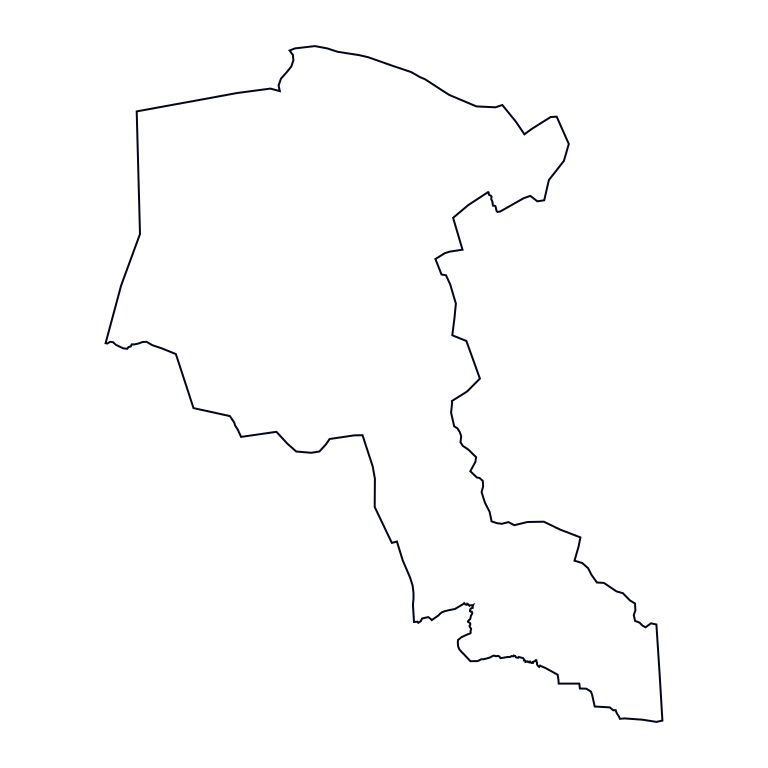 Kaura Namoda, Zamfara, Nigeria (Equal Earth projection)
{"feature_id": "59680162B64690225464412", "entity_name": "Kaura Namoda", "entity_type": "district", "adm_level": 2, "iso_a3": "NGA", "parent_name": "Nigeria", "parent_adm1": "Zamfara", "projection": "equal_earth", "projection_center": [6.672, 12.478], "detail": "fine", "context": "isolated", "style": "outline", "palette": "ink", "viewbox_px": 768, "rotation_deg": 0, "n_neighbors": 0, "source": "geoboundaries", "source_scale": "gbopen_adm2", "svg_char_len": 4015}
<svg xmlns="http://www.w3.org/2000/svg" viewBox="0 0 768 768"><path d="M241.1,436.9L276.4,431.8L287.3,443.6L296.2,451.5L311.2,452.8L319.4,451.5L326.0,444.3L329.6,439.0L354.0,435.4L362.5,435.2L372.7,466.4L374.9,478.7L374.7,507.0L390.6,540.3L391.9,542.9L396.9,541.5L402.8,560.6L408.5,573.8L410.3,578.2L412.6,585.5L413.5,592.9L413.5,598.9L413.3,601.0L413.0,604.2L413.0,605.7L413.4,612.1L414.0,622.0L415.3,621.9L417.5,621.7L418.3,622.8L420.7,621.2L422.1,618.5L425.4,617.7L428.3,617.1L430.4,618.7L431.8,620.1L438.5,615.4L440.0,613.8L441.9,612.3L443.8,611.5L448.7,610.2L454.9,609.0L463.2,604.1L464.2,603.1L464.6,603.5L465.3,604.4L466.9,604.8L467.2,604.5L467.3,603.7L467.7,603.8L468.1,604.4L468.7,604.8L469.4,605.7L469.8,605.3L470.6,605.3L471.4,605.2L472.5,605.4L473.2,605.0L472.6,606.7L472.7,607.9L471.5,608.1L470.4,609.1L470.0,610.3L470.1,611.3L470.7,611.7L471.7,611.6L472.3,612.7L472.2,613.7L470.9,615.8L470.6,617.4L470.2,619.1L468.8,620.3L468.3,620.9L468.0,621.6L468.2,622.1L469.8,622.8L470.3,623.7L470.2,625.0L469.5,625.8L469.6,626.5L470.2,627.6L471.1,628.6L471.1,629.2L470.5,631.1L470.7,632.5L470.4,633.3L466.8,634.7L461.5,637.2L458.0,640.0L457.8,642.5L458.1,646.3L459.3,649.3L461.4,651.8L463.3,653.6L470.4,661.2L477.7,661.1L481.2,659.3L483.7,659.2L486.5,658.5L489.4,657.7L491.2,656.8L493.1,655.8L494.6,655.7L495.7,656.2L498.2,655.9L499.4,656.5L500.5,658.1L503.0,657.8L507.4,657.0L508.8,657.0L510.2,657.0L511.4,656.1L513.3,656.3L513.7,655.6L514.5,655.8L515.2,656.0L515.8,657.1L516.0,657.4L518.1,657.8L518.8,657.0L523.1,658.1L524.1,659.6L524.0,660.3L524.7,660.3L525.3,661.1L525.4,662.0L526.1,661.8L526.5,661.4L527.6,661.4L528.1,662.1L528.7,662.1L529.1,662.2L529.5,661.6L530.1,661.6L530.3,662.5L530.9,662.4L531.8,663.0L532.9,662.9L532.8,662.0L533.6,661.6L534.3,661.3L534.7,661.3L535.4,660.9L535.7,660.2L536.3,660.2L536.5,661.6L537.0,662.5L537.0,664.3L537.6,665.4L538.4,666.3L539.2,666.9L540.1,665.6L542.3,666.7L545.3,667.9L557.6,674.7L558.4,679.5L558.7,683.6L579.3,683.6L579.9,688.5L586.3,688.7L591.0,691.7L592.3,695.6L594.7,706.5L609.8,707.4L613.3,710.3L615.7,710.2L616.3,712.0L616.9,713.4L619.1,716.8L619.9,718.8L624.9,718.4L625.7,718.5L642.5,719.7L656.4,721.9L662.4,720.6L659.7,675.3L656.4,624.5L651.0,623.3L645.6,627.3L642.6,625.7L639.5,622.6L635.1,620.9L633.8,615.1L635.4,610.2L635.0,603.5L629.9,600.4L622.9,593.2L616.5,591.4L603.9,582.9L596.9,582.5L591.4,574.7L588.1,568.2L582.2,563.0L574.5,560.7L578.6,546.5L580.4,537.4L560.6,529.8L543.8,521.7L527.5,522.0L514.3,525.2L508.5,522.1L501.9,523.8L497.1,523.2L491.6,521.4L489.6,511.8L484.9,502.6L481.6,492.1L483.1,486.5L482.8,480.9L479.6,478.0L476.9,477.5L470.3,471.2L475.4,461.9L476.1,457.1L473.0,454.2L468.4,449.6L462.8,445.9L460.5,442.3L461.2,436.2L459.8,432.1L457.4,428.3L454.2,426.3L451.1,412.8L452.1,402.7L451.9,401.0L467.1,391.5L479.9,378.6L466.4,341.0L452.3,335.3L454.5,317.8L455.9,303.5L455.8,303.4L450.2,284.4L446.0,275.3L441.5,274.5L435.4,259.0L444.8,253.2L449.8,251.6L462.5,249.7L453.1,217.8L468.4,205.0L488.1,192.1L488.7,192.5L488.7,193.9L489.2,195.1L490.7,195.5L491.6,196.7L491.2,198.8L491.6,200.1L492.4,201.5L492.6,203.6L492.8,204.9L493.2,205.8L494.3,205.7L495.3,206.0L495.8,207.3L496.2,209.5L496.6,211.1L497.5,211.9L500.2,211.5L523.9,198.1L530.4,195.9L537.3,201.3L544.2,200.3L548.9,180.0L563.9,160.9L568.8,144.0L556.7,116.7L550.7,117.0L531.6,129.0L524.4,134.3L515.9,121.7L502.3,105.0L495.5,107.3L476.4,106.4L449.6,95.1L444.5,91.9L425.1,79.3L423.3,78.5L420.0,77.1L411.2,72.1L390.8,65.2L368.1,57.2L359.5,55.2L337.7,51.8L327.2,48.4L315.0,46.1L302.7,47.5L295.0,48.4L289.6,50.5L292.9,54.9L293.4,60.3L291.3,66.5L287.0,71.9L280.9,78.8L278.6,85.5L279.8,91.1L270.4,88.6L237.2,93.0L136.7,111.4L140.0,234.0L121.1,285.6L105.6,343.2L107.4,343.5L110.1,341.8L113.0,342.2L115.9,344.8L123.1,348.3L127.2,348.8L128.5,347.1L130.8,346.4L131.7,344.4L134.5,344.4L138.5,343.5L142.6,342.0L146.5,341.8L152.4,345.2L161.9,348.4L175.9,354.1L188.3,392.1L193.5,408.1L229.9,416.1L234.3,422.7L235.1,425.5L237.5,429.1L241.1,436.9Z" fill="none" stroke="#020617" stroke-width="2"/></svg>